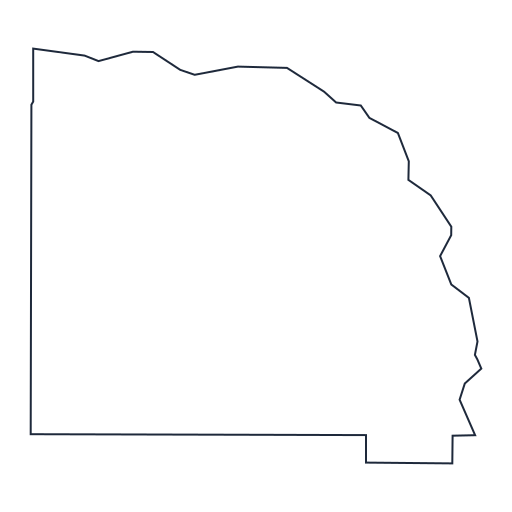 outline of Saunders, Nebraska, United States of America
{"feature_id": "52423323B480079355264", "entity_name": "Saunders", "entity_type": "district", "adm_level": 2, "iso_a3": "USA", "parent_name": "United States of America", "parent_adm1": "Nebraska", "projection": "natural_earth1", "projection_center": [-96.529, 41.234], "detail": "fine", "context": "isolated", "style": "outline", "palette": "slate", "viewbox_px": 512, "rotation_deg": 0, "n_neighbors": 0, "source": "geoboundaries", "source_scale": "gbopen_adm2", "svg_char_len": 566}
<svg xmlns="http://www.w3.org/2000/svg" viewBox="0 0 512 512"><path d="M30.7,434.2L262.5,434.8L366.0,435.1L366.0,462.6L452.3,463.4L452.6,435.7L475.1,435.2L459.6,399.7L464.8,383.5L481.3,368.6L477.3,359.3L474.9,354.9L477.5,341.5L468.9,297.9L451.3,284.5L440.1,256.1L451.2,235.2L451.3,226.7L430.7,195.4L408.4,179.9L408.8,161.3L397.9,133.0L369.4,117.9L360.8,105.5L336.1,102.5L324.1,91.7L287.0,67.9L237.9,66.6L194.7,74.8L180.3,69.9L153.0,52.0L133.0,51.7L98.5,61.1L84.6,55.6L33.2,48.6L33.2,101.6L31.4,104.7L30.7,434.2Z" fill="none" stroke="#1e293b" stroke-width="2"/></svg>